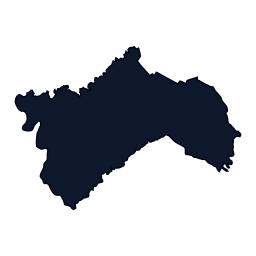 the district of Bom Jesus de Goiás, Goiás, Brazil
{"feature_id": "56859067B21654402984867", "entity_name": "Bom Jesus de Goiás", "entity_type": "district", "adm_level": 2, "iso_a3": "BRA", "parent_name": "Brazil", "parent_adm1": "Goiás", "projection": "natural_earth1", "projection_center": [-49.889, -18.197], "detail": "fine", "context": "isolated", "style": "filled", "palette": "ink", "viewbox_px": 256, "rotation_deg": 0, "n_neighbors": 0, "source": "geoboundaries", "source_scale": "gbopen_adm2", "svg_char_len": 5708}
<svg xmlns="http://www.w3.org/2000/svg" viewBox="0 0 256 256"><path d="M238.4,131.5L237.2,131.4L236.0,131.2L234.7,129.8L233.7,128.4L231.7,126.4L230.7,125.1L229.6,124.2L228.7,123.8L228.0,122.3L227.7,120.4L227.5,118.4L227.0,116.4L226.5,114.9L225.5,114.0L226.2,112.4L227.4,110.9L227.3,109.4L226.5,106.5L223.4,102.7L222.2,101.1L221.6,99.8L220.9,97.7L219.5,95.8L218.5,94.7L217.2,93.1L215.1,90.9L213.3,87.4L212.2,86.8L211.1,86.7L210.1,86.5L209.0,86.0L207.6,85.2L205.5,84.3L202.4,82.6L200.5,81.5L198.7,80.5L197.3,80.0L197.2,77.3L194.0,78.4L190.1,79.5L187.2,80.6L185.8,83.8L181.7,81.6L179.8,81.2L178.7,82.8L178.0,84.0L166.7,78.0L164.5,76.7L162.9,75.9L159.7,74.1L157.3,72.7L156.3,72.4L155.5,73.9L154.5,75.0L153.3,75.7L152.7,74.0L151.2,74.6L150.1,75.8L148.4,74.1L146.9,72.4L146.1,71.5L145.3,70.7L144.0,69.2L143.0,68.1L140.4,65.2L138.2,62.3L137.3,61.0L138.1,59.7L139.9,57.0L140.4,56.0L139.7,52.5L138.9,49.4L138.5,48.2L137.5,48.6L136.3,49.1L134.1,46.8L132.7,47.4L130.3,47.6L129.3,48.2L128.1,49.3L128.4,50.6L129.2,52.4L128.0,52.7L127.1,52.1L126.0,51.4L125.8,52.9L125.2,53.9L123.9,54.8L124.8,56.4L124.2,57.9L123.1,59.4L121.8,58.5L120.5,58.4L119.8,59.5L118.8,60.4L117.9,59.3L117.0,58.6L116.0,57.9L115.5,59.3L115.4,61.3L114.2,61.8L113.2,61.1L112.6,62.4L112.2,64.0L111.5,65.3L110.4,66.2L109.4,66.6L108.7,67.9L107.3,69.0L106.3,70.5L106.4,72.8L105.1,73.5L104.0,72.6L103.1,73.6L103.5,75.6L102.5,76.8L101.3,76.1L99.9,76.7L98.8,78.3L97.4,78.3L96.5,77.7L95.4,77.7L94.8,79.1L94.8,80.6L95.3,81.7L94.6,83.0L92.9,83.4L91.1,82.6L89.6,83.3L88.5,84.8L88.0,86.5L88.3,87.9L89.4,88.4L90.2,89.1L89.6,90.3L84.1,88.3L83.3,87.5L82.3,88.5L81.1,88.7L79.9,89.0L80.2,90.5L79.8,92.3L80.9,93.4L80.7,95.0L80.2,96.3L79.2,96.2L78.4,94.7L77.0,94.5L76.4,93.3L75.4,93.0L74.5,92.2L73.0,92.1L71.8,91.7L70.4,91.0L68.9,89.7L68.0,90.5L66.7,90.3L66.8,88.5L68.2,87.7L68.2,86.2L67.3,85.5L64.6,86.0L63.5,85.8L62.7,86.9L61.5,87.1L60.5,88.1L59.7,89.2L58.6,88.7L57.5,89.1L57.4,90.8L56.4,91.3L55.4,90.8L54.9,89.7L54.2,90.7L54.1,92.1L55.2,93.6L55.9,94.6L53.7,97.6L52.7,98.6L51.8,99.2L49.4,98.1L49.2,96.5L48.5,95.1L48.0,93.6L48.4,91.9L47.1,91.2L46.4,92.8L45.3,93.6L43.4,93.1L41.8,94.4L40.3,95.7L38.5,96.3L37.1,96.5L36.0,96.5L35.0,96.1L33.5,96.5L33.0,94.6L34.0,93.4L32.9,92.2L32.4,90.5L31.0,90.3L29.7,91.9L28.1,92.8L27.0,93.1L27.1,94.7L26.0,96.1L24.6,96.7L23.2,96.9L22.2,96.1L21.1,95.4L19.8,94.8L18.4,95.0L17.0,96.3L16.2,97.8L15.8,98.8L15.5,100.3L15.4,102.0L15.8,103.7L16.4,105.1L17.9,108.0L18.9,109.2L20.1,110.4L21.5,111.1L23.2,111.0L24.7,111.7L25.9,113.0L26.8,114.8L27.1,116.5L27.3,118.6L27.1,120.5L26.5,121.9L25.7,123.4L23.9,125.2L22.8,126.6L22.5,128.4L23.3,129.8L24.6,130.3L25.8,130.5L27.2,130.8L28.6,130.8L29.7,130.7L31.1,130.5L32.1,129.9L33.1,128.3L34.1,125.7L35.1,124.4L37.1,122.2L38.6,120.9L40.0,121.0L40.5,122.3L40.7,123.7L40.8,124.9L40.4,126.1L39.6,127.5L38.5,130.6L37.6,132.5L37.1,133.8L37.0,135.2L36.9,136.9L36.7,138.7L36.5,140.3L36.5,142.0L36.5,144.0L36.8,146.4L38.4,147.6L40.9,148.9L42.3,149.0L43.7,148.6L44.9,148.3L46.8,148.4L47.8,149.8L47.8,151.9L47.4,153.4L47.4,155.1L47.4,156.4L47.4,157.8L47.3,159.4L46.8,160.7L45.8,161.9L44.8,162.8L44.2,163.9L44.0,165.2L43.9,166.6L43.6,168.0L41.1,173.1L40.5,175.0L40.4,176.5L41.3,178.2L42.4,179.3L43.2,180.7L43.6,182.6L44.5,183.4L46.2,183.4L47.4,183.6L48.6,184.5L49.4,185.6L50.0,187.1L50.7,188.7L51.4,189.9L52.2,191.3L53.4,193.1L54.7,194.3L56.3,195.0L58.0,195.1L59.2,195.0L60.4,195.3L61.4,196.3L61.9,197.5L62.6,198.5L63.7,200.8L64.3,202.9L64.9,204.6L66.6,205.1L68.5,205.5L70.4,206.4L71.7,208.1L73.1,209.2L74.5,208.8L75.5,208.3L75.5,206.4L74.9,204.1L76.1,203.2L77.1,203.1L78.0,202.4L77.9,201.0L80.0,200.4L81.0,199.9L82.5,198.9L83.4,198.0L84.4,197.8L85.5,197.7L86.6,197.1L88.2,196.7L88.8,195.7L88.4,193.8L89.0,192.5L90.2,190.1L91.3,189.5L93.1,190.0L93.0,188.0L93.8,186.5L95.8,186.1L96.7,185.2L97.3,183.8L98.3,182.8L99.7,182.6L100.7,182.3L101.7,182.3L102.7,181.2L102.2,179.6L101.1,178.3L101.5,176.8L101.0,175.4L101.7,174.1L103.3,173.7L104.4,172.8L105.5,171.9L106.7,172.8L107.0,174.3L108.3,174.0L109.4,172.4L110.5,171.4L111.6,171.1L111.3,168.1L112.9,169.4L114.3,169.3L115.1,168.1L116.1,168.0L117.5,167.9L118.7,167.9L120.2,167.4L122.2,166.4L123.7,165.8L124.3,164.3L123.7,162.6L124.6,161.0L126.1,160.5L127.2,159.9L127.4,158.6L127.8,157.0L129.4,156.2L130.2,154.9L131.8,154.2L133.0,153.8L134.2,152.8L135.2,151.4L136.2,149.8L137.9,150.1L139.2,149.8L140.0,148.8L140.7,147.5L141.8,147.3L142.5,146.5L143.5,145.9L145.0,144.9L146.2,143.3L147.5,142.9L147.7,141.7L148.0,140.5L149.4,140.7L150.0,142.0L151.4,141.8L152.6,141.1L154.0,140.9L154.8,139.9L156.3,139.8L157.5,139.8L158.4,138.5L159.6,138.5L160.4,137.5L161.5,137.1L163.1,136.9L164.1,136.0L165.0,134.9L166.6,134.8L168.5,135.4L169.8,136.5L174.3,141.1L175.7,142.1L178.4,143.7L179.5,144.2L181.4,145.3L184.2,146.8L185.3,148.2L185.5,150.7L185.4,152.9L185.8,154.2L187.0,154.5L188.1,154.5L189.5,154.8L190.5,155.1L191.8,155.4L193.9,157.0L195.1,157.3L196.1,157.4L197.3,157.7L198.7,158.2L200.3,158.7L201.9,159.2L203.7,159.3L205.4,159.6L206.5,160.7L207.7,162.2L209.0,163.1L210.1,163.6L212.6,164.9L214.0,166.0L215.7,166.4L216.9,168.0L217.5,169.5L218.4,170.6L219.2,171.5L221.6,167.5L223.9,169.4L226.3,171.1L227.7,171.0L226.9,169.9L225.9,169.2L224.8,168.6L223.9,168.0L222.4,166.3L223.2,164.4L224.3,163.7L225.8,163.8L226.3,165.0L226.9,166.4L228.3,167.9L229.3,167.6L228.6,166.1L227.9,164.2L228.4,162.8L229.2,163.8L230.1,164.4L231.5,164.4L232.1,163.1L231.8,161.2L230.2,160.2L229.1,158.8L228.4,157.5L229.0,156.6L230.0,156.2L232.8,156.0L233.8,154.5L233.4,152.4L233.1,151.2L232.7,149.5L233.2,147.3L232.9,144.5L232.9,143.3L233.4,141.4L233.1,139.2L235.9,136.5L237.1,136.2L238.2,136.3L239.8,136.6L240.6,135.3L240.4,133.7L239.1,132.7L238.4,131.5Z" fill="#0f172a" stroke="#020617" stroke-width="1.5"/></svg>